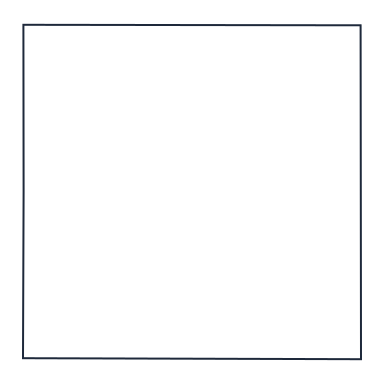 Adair, Iowa, United States of America (Equal Earth projection)
{"feature_id": "52423323B63025537469888", "entity_name": "Adair", "entity_type": "district", "adm_level": 2, "iso_a3": "USA", "parent_name": "United States of America", "parent_adm1": "Iowa", "projection": "equal_earth", "projection_center": [-94.471, 41.331], "detail": "fine", "context": "isolated", "style": "outline", "palette": "slate", "viewbox_px": 384, "rotation_deg": 0, "n_neighbors": 0, "source": "geoboundaries", "source_scale": "gbopen_adm2", "svg_char_len": 206}
<svg xmlns="http://www.w3.org/2000/svg" viewBox="0 0 384 384"><path d="M361.0,359.2L360.6,25.3L23.4,24.8L23.6,191.5L23.0,358.2L192.4,358.7L361.0,359.2Z" fill="none" stroke="#1e293b" stroke-width="2"/></svg>